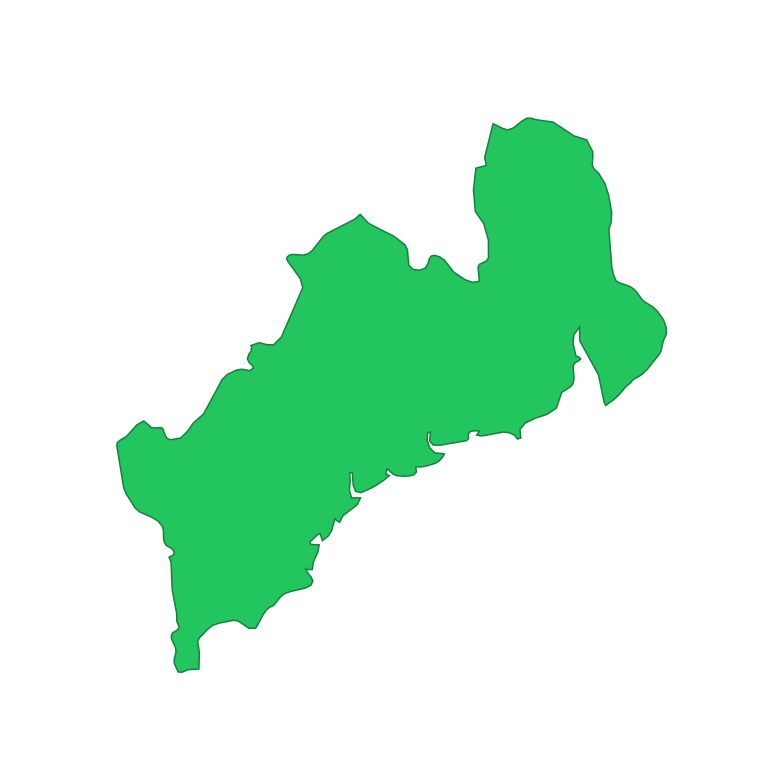 an SVG outline of Manche, rotated 252°
{"feature_id": "FRA-5322", "entity_name": "Manche", "entity_type": "Metropolitan department", "adm_level": 1, "iso_a3": "FRA", "parent_name": "France", "parent_adm1": "", "projection": "equal_earth", "projection_center": [-1.411, 49.095], "detail": "fine", "context": "isolated", "style": "filled", "palette": "green", "viewbox_px": 768, "rotation_deg": 252, "n_neighbors": 0, "source": "natural_earth", "source_scale": "10m", "svg_char_len": 3684}
<svg xmlns="http://www.w3.org/2000/svg" viewBox="0 0 768 768"><g transform="rotate(252 384 384)"><path d="M295.0,588.3L298.5,587.7L326.6,590.8L364.8,583.5L377.8,587.7L372.2,579.8L364.3,576.3L350.7,575.2L350.6,576.3L349.0,578.0L347.0,578.8L346.0,576.7L345.6,573.7L344.4,571.2L342.6,569.4L330.3,566.4L325.9,563.9L324.0,561.1L321.0,550.4L307.8,540.5L304.8,529.7L304.7,517.1L303.2,506.4L298.9,499.3L290.4,497.4L290.4,494.0L295.3,492.1L299.0,488.0L301.4,482.8L304.3,461.0L306.7,456.4L309.7,460.3L311.7,455.1L312.0,451.1L310.2,448.5L306.0,447.6L304.6,445.0L308.4,418.8L310.7,412.0L315.5,409.8L324.1,413.3L324.1,410.5L317.3,407.7L309.3,407.7L302.7,411.0L299.9,417.9L298.8,419.8L296.3,417.1L293.8,412.6L292.7,408.8L293.0,398.0L293.8,393.2L295.3,388.6L290.3,387.7L288.4,384.3L288.8,379.2L290.5,373.4L293.0,367.6L295.5,364.8L302.4,360.8L298.0,357.9L297.2,358.6L295.3,360.8L292.4,353.6L290.0,345.1L288.5,336.3L287.9,328.1L290.7,323.8L297.1,323.4L309.9,326.5L309.9,323.8L302.4,321.9L293.3,318.2L285.7,318.0L282.9,326.5L277.3,321.0L271.5,304.4L266.2,299.1L268.5,297.1L269.5,296.4L271.1,295.7L260.9,289.0L256.6,284.0L254.0,277.0L261.2,277.0L261.2,274.2L256.7,264.9L254.0,264.9L251.1,272.7L244.6,269.2L236.7,261.9L229.7,258.5L230.6,255.4L231.3,254.1L232.4,252.3L227.4,253.3L222.8,255.1L218.6,255.4L215.2,252.3L214.2,246.5L215.5,231.1L215.3,224.6L214.3,221.6L212.8,218.7L207.7,210.9L207.2,208.7L207.0,206.4L205.7,202.9L202.3,198.0L193.2,188.7L191.3,186.1L193.6,179.8L203.6,172.2L205.8,167.6L207.5,153.6L207.4,146.1L204.8,139.7L201.9,134.7L200.0,130.4L196.9,127.3L185.6,125.4L170.1,119.9L172.9,109.3L172.3,102.7L173.8,99.2L183.3,98.2L186.6,99.2L193.5,103.4L197.7,104.3L207.5,103.1L211.0,104.3L212.7,106.3L214.0,111.7L215.6,113.8L217.2,114.2L221.1,113.6L222.8,113.8L230.5,116.0L253.9,119.0L280.2,126.4L285.8,126.1L286.0,127.1L286.1,129.3L286.9,131.5L289.5,132.5L292.8,131.5L297.6,127.1L301.4,126.1L305.5,126.7L312.9,129.0L317.1,129.2L323.1,126.9L328.5,122.5L337.6,112.3L342.7,109.1L359.0,104.9L365.4,104.3L407.7,110.8L410.6,112.1L412.0,115.3L413.7,122.7L421.5,136.4L423.1,144.2L414.1,149.5L412.6,153.7L411.7,157.9L410.3,159.8L402.5,160.0L399.4,160.9L397.1,163.2L395.4,173.8L399.9,182.7L405.9,190.6L411.2,203.1L438.2,231.3L441.6,238.2L442.8,248.0L442.1,253.0L440.5,256.5L438.9,258.8L438.2,260.2L439.4,264.8L442.3,264.4L446.1,262.4L450.1,261.8L453.9,264.5L456.5,267.8L460.3,269.6L461.7,269.3L461.9,278.1L457.8,284.4L455.3,291.0L460.4,300.9L500.7,336.5L509.8,337.0L530.9,330.3L533.2,330.1L534.8,331.2L535.8,334.2L535.4,337.5L531.4,347.2L531.3,352.0L532.9,356.6L543.3,372.2L544.9,376.7L549.8,407.2L552.7,413.8L541.4,419.0L521.6,438.9L510.1,446.9L504.7,447.8L489.3,444.3L484.1,447.0L481.3,452.6L481.4,458.9L485.4,463.5L489.2,465.8L491.1,468.5L490.8,471.8L487.7,476.2L483.1,479.7L468.7,485.0L457.7,493.7L453.2,500.0L452.2,506.5L465.9,509.5L468.3,511.7L469.3,519.3L471.6,522.3L488.4,527.7L505.8,528.4L519.7,524.2L540.8,529.0L560.9,538.1L560.3,548.9L568.3,549.7L597.9,568.2L590.9,575.2L587.4,580.1L587.5,586.0L591.2,595.7L592.7,602.0L591.3,606.1L588.7,609.7L580.8,625.8L561.4,641.2L553.5,652.1L540.4,654.3L537.9,653.4L535.9,653.1L534.6,652.3L527.4,649.6L523.6,650.3L520.9,651.6L520.0,652.5L518.2,653.2L506.5,656.0L494.5,656.0L476.5,653.5L467.3,649.8L461.7,645.7L425.4,636.9L416.5,636.0L410.1,636.7L407.2,639.5L402.4,646.0L399.8,648.8L396.9,651.0L393.9,652.5L385.3,655.2L381.8,657.1L374.5,663.3L368.9,666.4L358.8,669.7L350.5,669.8L345.2,668.5L341.7,665.8L339.0,663.1L330.0,657.8L327.3,655.2L316.6,638.9L313.6,632.6L312.6,629.3L311.6,624.0L310.7,621.4L309.0,619.1L307.0,613.7L301.3,604.5L298.3,598.2L297.3,595.2L296.7,593.0L295.4,589.2L295.0,588.3Z" fill="#22c55e" stroke="#15803d" stroke-width="1.5"/></g></svg>